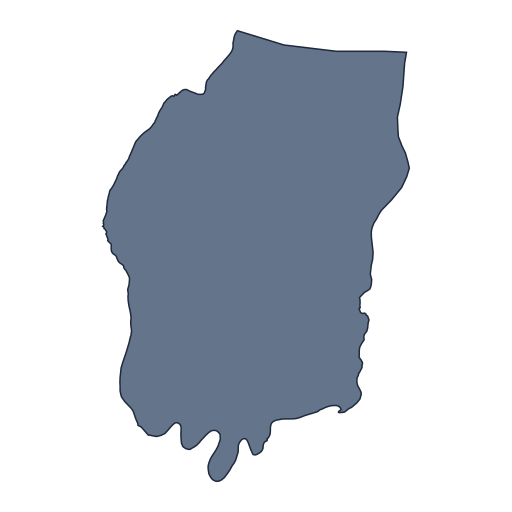 Xanakharm, Vientiane, Laos
{"feature_id": "54806243B76912612814401", "entity_name": "Xanakharm", "entity_type": "district", "adm_level": 2, "iso_a3": "LAO", "parent_name": "Laos", "parent_adm1": "Vientiane", "projection": "albers", "projection_center": [101.544, 18.104], "detail": "fine", "context": "isolated", "style": "filled", "palette": "slate", "viewbox_px": 512, "rotation_deg": 0, "n_neighbors": 0, "source": "geoboundaries", "source_scale": "gbopen_adm2", "svg_char_len": 6062}
<svg xmlns="http://www.w3.org/2000/svg" viewBox="0 0 512 512"><path d="M224.4,477.5L225.7,475.8L227.8,473.0L230.0,469.7L230.6,468.6L232.5,465.2L233.8,463.6L235.7,460.1L237.7,453.5L238.2,451.7L238.3,446.0L238.7,444.2L239.2,443.0L239.7,442.2L241.1,440.3L241.8,439.7L242.9,438.9L244.0,438.7L245.0,438.7L246.0,439.1L246.8,440.0L248.0,442.1L250.9,450.0L251.6,451.2L252.2,452.9L252.6,453.7L253.2,454.5L254.0,454.8L255.3,454.9L256.5,454.6L257.5,454.1L258.7,453.4L260.1,452.5L261.1,451.6L261.8,450.8L262.5,449.6L263.0,448.2L263.1,446.4L263.3,444.8L264.0,442.9L265.4,441.3L266.1,441.2L266.7,440.9L267.2,440.3L267.3,439.5L267.0,439.0L268.4,437.7L269.4,435.9L270.0,434.4L270.2,433.3L270.4,430.8L270.4,427.9L270.6,426.8L270.6,425.8L271.0,424.6L271.3,423.7L272.0,422.6L272.8,421.9L274.2,421.0L276.1,420.2L281.9,419.1L285.4,418.9L289.6,418.9L294.1,418.8L296.7,418.4L299.9,417.5L302.9,416.3L305.6,415.3L316.9,411.9L318.6,411.0L319.5,410.0L320.8,409.4L321.4,409.4L325.1,407.6L327.2,406.8L329.8,406.0L332.0,405.6L335.5,405.5L336.9,405.6L338.4,406.1L339.6,407.0L340.4,408.0L341.1,409.2L340.3,410.3L338.8,411.3L338.5,411.9L338.5,412.3L338.9,412.6L339.4,412.7L340.8,412.5L342.6,412.4L343.8,412.2L344.8,411.9L346.8,410.3L347.9,409.3L348.9,408.6L350.9,407.7L352.0,407.0L356.8,402.9L359.9,399.1L361.2,394.6L361.1,392.3L359.3,388.5L357.9,386.1L357.1,383.5L356.9,381.4L356.9,379.3L357.2,377.8L357.5,376.8L357.8,376.4L358.3,375.5L358.4,374.9L358.5,374.5L358.4,374.0L359.4,372.6L360.9,369.7L361.6,368.4L362.0,367.4L362.1,366.5L361.9,365.4L362.2,364.9L362.4,364.1L362.5,363.0L362.4,362.5L362.2,361.9L362.0,361.5L361.5,361.1L361.4,360.4L359.1,357.4L359.3,353.7L359.2,350.6L359.8,347.0L361.5,343.7L364.1,339.9L363.8,336.5L364.4,334.3L366.8,331.2L367.6,328.3L368.2,322.7L369.0,320.0L367.6,316.0L366.2,315.1L366.0,314.2L365.3,313.5L364.8,313.2L364.1,313.1L363.8,313.2L363.3,313.5L362.8,313.6L362.2,313.3L361.8,313.2L361.2,312.9L360.5,312.3L360.0,311.2L359.9,310.6L359.2,309.4L359.1,308.6L359.5,308.0L360.1,307.9L360.2,307.2L359.9,306.1L359.9,304.6L360.1,303.0L360.0,300.1L359.7,298.3L359.5,297.5L364.5,292.4L367.6,290.6L369.9,288.9L370.6,287.2L371.3,284.3L371.7,279.7L370.3,274.1L371.3,265.2L372.6,259.7L373.1,252.5L371.4,237.4L371.3,231.9L372.0,227.9L373.9,223.0L376.4,219.2L379.1,213.9L381.4,210.3L391.7,199.7L401.6,187.6L406.7,176.8L409.3,168.2L407.9,161.8L405.4,153.0L401.9,145.8L398.4,136.7L397.9,129.1L397.4,117.2L400.2,104.5L402.9,87.0L404.6,63.4L406.5,52.3L385.0,51.3L336.5,51.3L284.0,45.0L237.4,30.7L236.2,32.4L235.0,34.5L234.1,37.1L233.5,40.8L233.0,42.9L233.1,45.8L232.9,47.9L232.3,49.9L231.7,51.2L230.7,52.8L229.1,55.0L228.5,55.5L227.9,56.4L223.9,60.9L222.4,62.9L221.0,64.4L219.2,66.2L217.9,67.6L216.1,69.7L214.6,71.1L213.5,72.3L212.3,73.8L210.9,75.3L210.4,76.1L209.1,77.9L208.5,79.1L207.8,79.5L207.2,80.4L206.4,82.0L205.8,85.6L205.7,86.8L205.5,87.2L205.7,89.1L204.4,92.9L203.9,93.4L203.2,93.9L202.5,94.2L200.9,94.4L198.3,94.3L197.2,94.1L195.9,93.4L192.6,92.2L189.3,91.0L187.6,90.0L187.3,89.8L186.2,89.5L184.1,89.6L183.2,89.9L181.8,90.7L180.3,92.1L179.4,92.5L178.9,93.4L176.6,95.2L176.4,95.2L175.6,94.4L174.9,94.6L174.5,95.1L174.3,95.9L173.6,96.3L172.6,95.8L171.9,95.9L171.1,96.2L167.3,99.2L164.9,102.1L163.9,103.1L162.9,105.5L161.8,107.9L160.9,109.0L160.0,110.5L158.9,112.5L158.2,114.3L157.6,116.1L156.6,117.8L156.0,119.4L155.2,120.9L154.8,122.4L153.1,124.3L151.8,126.3L150.4,127.9L149.5,128.8L147.6,130.2L145.9,131.4L144.4,132.5L142.5,134.2L140.5,136.1L138.8,138.0L137.6,139.6L136.9,140.2L136.1,141.2L135.1,143.0L134.7,144.1L133.2,147.8L132.0,150.5L131.4,152.3L130.9,153.0L130.5,154.3L129.8,155.4L128.5,159.3L128.0,159.9L127.7,160.2L126.8,161.8L126.0,162.5L125.3,164.1L124.1,165.5L123.7,166.4L123.4,167.1L122.3,168.8L120.9,170.2L119.8,171.5L119.3,172.3L118.4,174.3L117.6,175.8L116.7,178.6L113.3,185.6L112.5,186.6L111.6,188.4L110.4,189.7L109.9,190.5L109.6,191.7L109.3,193.1L108.1,197.4L108.1,198.4L107.7,199.4L107.4,200.6L107.1,204.2L106.6,208.1L106.6,209.7L106.7,210.2L106.7,210.8L106.9,211.3L106.7,212.2L106.3,213.0L106.0,214.2L105.5,215.5L104.5,217.8L103.7,219.6L103.6,220.1L103.2,220.8L103.5,221.8L103.4,223.0L103.3,223.5L103.6,223.8L103.7,224.4L103.7,225.1L103.4,225.7L102.7,226.3L103.6,226.9L104.0,227.9L104.2,228.8L104.9,229.1L105.4,229.6L105.6,230.0L105.9,230.5L106.2,231.1L106.5,231.5L106.7,231.9L106.6,232.4L105.9,234.1L106.6,235.1L106.7,235.8L107.3,237.6L107.8,238.3L108.0,238.9L107.7,240.6L108.7,241.8L109.8,242.8L111.2,244.3L111.4,244.8L111.2,245.5L111.2,247.0L111.2,249.2L111.4,250.8L111.9,252.2L113.5,254.1L115.4,255.3L116.3,256.4L116.9,258.3L118.1,261.0L119.5,262.7L122.6,264.8L123.6,265.9L123.8,267.6L124.6,269.1L125.7,270.1L127.7,273.8L129.4,277.5L129.5,278.5L129.4,280.8L129.0,284.9L127.7,289.5L128.0,291.9L128.3,294.0L128.0,295.9L128.0,297.5L128.2,301.0L128.9,305.6L130.4,312.6L130.7,314.5L131.1,318.0L130.7,321.5L130.8,324.7L131.1,327.2L131.3,328.6L131.5,330.3L131.6,331.7L131.2,332.9L131.1,335.0L130.4,337.0L129.0,343.0L126.1,352.6L122.8,362.3L121.1,367.9L120.7,371.9L120.1,377.2L119.9,382.3L120.1,386.1L120.1,390.9L120.9,394.8L121.5,396.9L124.7,401.5L131.0,408.1L132.9,410.6L134.6,415.3L135.7,418.6L136.6,420.8L137.7,423.1L138.0,425.4L140.6,426.6L142.2,428.1L144.4,430.6L148.3,435.1L149.7,435.1L151.4,435.5L151.5,435.6L156.5,436.5L160.7,435.5L164.9,433.5L167.8,430.4L171.0,426.6L172.9,424.6L175.1,422.9L177.6,422.7L180.2,424.5L181.1,427.2L181.1,429.4L180.9,434.3L181.1,439.4L181.5,443.3L182.9,446.6L185.7,448.6L188.7,449.4L190.3,449.3L191.0,448.7L194.4,446.8L195.6,446.0L196.9,445.0L198.0,443.9L199.0,442.9L200.5,441.0L203.9,437.3L205.6,435.5L208.6,432.6L209.5,432.0L211.2,430.9L212.4,430.5L213.9,430.4L215.1,430.4L216.1,430.7L217.4,431.3L218.2,432.1L219.7,433.8L220.1,434.8L220.2,437.4L220.3,439.4L219.0,443.1L218.1,445.9L217.1,447.9L215.9,450.1L211.8,456.4L210.6,458.5L209.5,461.2L208.7,463.6L208.2,465.6L208.1,467.5L208.3,470.0L208.6,472.1L209.0,474.1L210.4,476.8L211.3,478.1L212.1,479.1L212.9,479.8L214.0,480.4L215.3,481.0L216.2,481.3L218.4,481.2L219.5,480.9L221.0,480.2L222.9,478.8L224.4,477.5Z" fill="#64748b" stroke="#1e293b" stroke-width="1.5"/></svg>